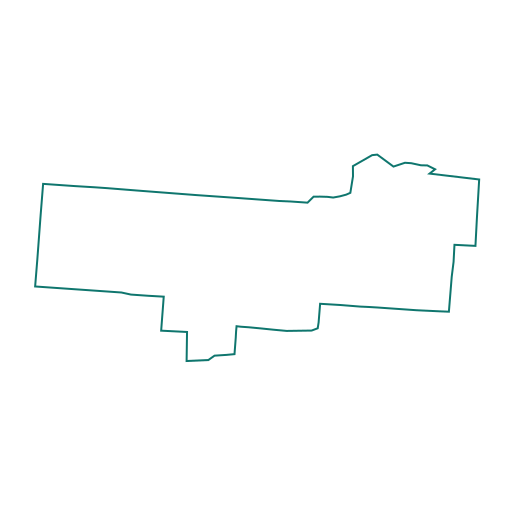 Carlos Barbosa, Rio Grande do Sul, Brazil (Mercator projection), rotated 184°
{"feature_id": "56859067B11809989426200", "entity_name": "Carlos Barbosa", "entity_type": "district", "adm_level": 2, "iso_a3": "BRA", "parent_name": "Brazil", "parent_adm1": "Rio Grande do Sul", "projection": "mercator", "projection_center": [-51.517, -29.318], "detail": "fine", "context": "isolated", "style": "outline", "palette": "teal", "viewbox_px": 512, "rotation_deg": 184, "n_neighbors": 0, "source": "geoboundaries", "source_scale": "gbopen_adm2", "svg_char_len": 1053}
<svg xmlns="http://www.w3.org/2000/svg" viewBox="0 0 512 512"><g transform="rotate(184 256 256)"><path d="M473.7,281.4L473.9,237.4L474.2,210.2L434.0,210.2L424.9,210.2L387.7,210.2L378.1,208.8L360.8,208.8L345.2,209.0L345.4,174.9L319.5,175.4L317.9,146.4L296.3,148.9L290.4,153.7L278.5,155.3L270.6,156.6L270.5,173.0L270.6,179.3L270.5,184.6L266.2,184.4L258.2,184.4L246.1,184.1L233.6,183.7L220.2,183.4L195.3,185.5L189.4,188.2L188.9,194.1L188.7,212.8L168.2,213.0L148.6,212.8L140.7,213.0L131.6,213.1L118.3,213.1L103.2,213.1L91.9,213.1L69.8,213.6L59.7,213.9L59.3,249.1L58.5,263.9L58.8,281.0L37.8,281.4L38.3,310.7L38.7,347.9L88.6,350.3L83.4,355.0L91.4,358.3L97.8,358.0L107.6,359.4L113.9,359.4L125.1,354.8L142.1,365.6L147.2,364.7L165.6,352.4L164.8,342.2L166.3,325.6L170.3,323.5L176.4,321.4L183.1,319.7L188.7,320.0L196.2,319.7L202.7,319.2L208.3,312.8L216.0,312.8L225.3,312.8L237.0,312.5L277.4,312.6L283.9,312.6L319.6,312.6L349.2,312.8L377.4,313.0L409.6,313.3L421.2,313.3L442.0,313.1L473.4,313.1L473.7,281.4Z" fill="none" stroke="#0f766e" stroke-width="2"/></g></svg>